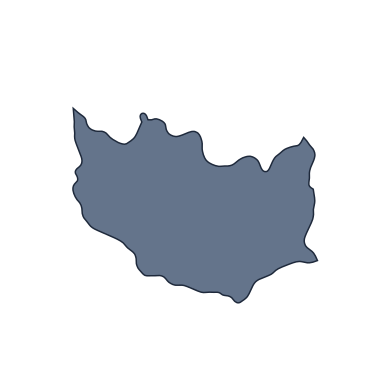 Esperalvillo, Monte Plata, Dominican Republic, rotated 24°
{"feature_id": "3306468B42523335746622", "entity_name": "Esperalvillo", "entity_type": "district", "adm_level": 2, "iso_a3": "DOM", "parent_name": "Dominican Republic", "parent_adm1": "Monte Plata", "projection": "orthographic", "projection_center": [-70.059, 18.855], "detail": "fine", "context": "isolated", "style": "filled", "palette": "slate", "viewbox_px": 384, "rotation_deg": 24, "n_neighbors": 0, "source": "geoboundaries", "source_scale": "gbopen_adm2", "svg_char_len": 3642}
<svg xmlns="http://www.w3.org/2000/svg" viewBox="0 0 384 384"><g transform="rotate(24 192 192)"><path d="M334.5,203.6L330.9,200.4L328.0,198.4L325.9,197.5L319.8,196.0L317.9,195.1L317.1,194.5L315.6,193.0L314.5,191.3L313.7,189.0L313.4,186.6L313.3,182.9L313.5,171.5L313.3,167.7L312.8,165.3L312.2,163.2L310.0,158.6L308.5,152.2L307.8,150.2L306.3,147.4L301.6,140.1L299.0,139.7L297.3,139.1L296.6,138.6L295.8,137.8L294.9,135.8L293.6,131.5L291.5,126.9L290.9,124.8L290.4,121.2L290.3,113.8L290.1,111.5L289.6,109.2L289.2,108.1L288.1,106.3L286.7,104.8L285.1,103.5L280.4,101.3L275.9,98.6L271.8,96.7L271.4,102.4L270.9,104.3L270.6,105.3L270.0,106.1L269.4,106.8L266.2,108.9L263.6,111.0L261.1,113.4L259.6,115.1L258.4,117.0L256.6,120.9L254.2,125.5L253.6,127.5L253.3,129.8L253.2,132.0L253.2,138.6L253.0,140.5L252.4,142.3L251.7,143.0L250.8,143.5L249.9,143.8L248.9,143.8L248.0,143.6L247.1,143.2L245.4,142.0L241.5,138.2L239.7,136.8L238.7,136.3L237.6,135.9L235.4,135.4L233.2,135.3L231.0,135.6L229.9,136.0L227.9,137.1L226.1,138.6L224.4,140.2L223.0,142.0L221.7,143.9L219.8,147.7L218.8,149.5L217.6,151.1L216.0,152.5L214.3,153.6L211.4,154.9L207.9,156.8L206.0,157.7L202.7,158.4L199.3,158.6L195.9,158.4L193.7,157.9L191.6,157.0L189.7,155.7L187.2,153.3L185.0,150.5L183.8,148.6L181.6,143.6L180.4,141.7L178.9,139.9L177.3,138.2L175.5,136.8L173.5,135.8L172.4,135.6L170.2,135.6L169.2,135.8L167.2,136.8L164.7,138.9L160.0,143.8L157.5,146.1L155.7,147.4L154.7,147.9L152.5,148.5L151.4,148.6L149.2,148.6L147.1,148.2L146.1,147.7L144.4,146.6L143.0,145.3L140.4,141.5L139.7,140.8L138.0,139.9L136.1,139.4L132.9,139.2L129.9,139.6L128.2,140.4L125.7,142.5L124.9,142.9L122.4,143.9L119.7,141.1L118.2,140.1L117.3,139.8L116.3,139.7L115.4,139.9L114.4,140.5L113.8,141.5L113.6,142.4L113.7,143.4L114.0,144.3L115.0,145.8L117.7,148.5L117.8,161.0L117.5,164.6L116.9,166.9L115.3,170.2L112.6,174.5L110.9,175.8L108.8,176.4L106.6,176.7L104.3,176.8L98.3,176.2L94.9,175.4L90.5,173.5L89.4,173.1L87.4,172.9L85.3,173.1L84.2,173.5L81.1,174.9L79.0,175.6L75.8,175.9L73.7,175.7L71.6,175.1L69.6,173.8L67.9,172.3L65.6,169.2L64.2,168.1L62.3,167.3L55.6,165.8L49.5,163.9L55.9,175.6L57.9,180.5L60.9,185.9L62.1,188.9L63.1,190.8L64.4,192.6L66.7,195.1L76.4,204.8L77.8,206.5L78.9,208.4L79.5,210.5L79.5,212.6L78.9,214.5L77.4,217.6L77.0,219.3L77.0,220.2L77.2,221.1L77.6,221.8L78.1,222.5L80.0,223.9L81.2,225.0L82.2,226.4L82.5,227.1L82.7,227.9L82.7,228.7L81.4,232.7L81.2,234.6L81.6,236.7L82.5,238.7L84.6,241.4L87.2,243.8L90.0,245.7L93.8,247.5L96.2,249.4L98.1,251.8L100.5,256.3L102.5,258.6L104.1,259.8L107.9,261.7L111.4,263.6L113.3,264.5L115.6,265.1L117.9,265.4L121.4,265.5L139.5,265.4L143.1,265.5L146.6,265.8L150.0,266.5L154.6,268.7L156.5,269.4L160.7,270.4L162.8,271.0L164.7,271.9L165.5,272.5L166.9,274.0L168.1,275.6L170.4,280.2L171.7,281.7L173.2,283.1L174.0,283.7L175.9,284.7L180.3,286.7L182.1,287.2L183.0,287.3L184.8,286.9L191.9,283.7L196.3,281.5L198.2,281.0L200.3,281.0L201.4,281.2L203.2,281.9L205.8,283.2L207.7,283.9L209.8,284.2L212.0,284.3L214.2,284.0L215.2,283.7L220.7,281.2L222.9,280.6L226.5,280.3L237.4,280.1L241.0,279.8L243.3,279.2L245.1,278.3L248.7,276.4L252.6,274.8L255.9,273.3L257.6,272.9L258.4,272.9L261.5,273.5L262.3,273.5L263.9,273.2L267.3,272.2L269.3,272.1L271.2,272.4L275.3,274.4L276.1,274.6L278.0,274.8L278.9,274.6L279.8,274.2L280.5,273.6L281.1,272.9L283.5,268.9L284.4,267.1L285.1,265.1L285.5,261.7L285.7,252.6L286.0,250.3L286.6,248.2L287.6,246.3L288.8,244.6L295.5,237.6L297.6,235.2L298.7,233.4L300.4,229.5L302.1,226.9L304.9,223.7L309.6,218.9L312.9,215.7L315.6,213.4L317.6,212.2L318.7,211.6L320.7,211.0L326.0,209.8L328.1,208.9L331.0,206.9L334.5,203.6Z" fill="#64748b" stroke="#1e293b" stroke-width="1.5"/></g></svg>